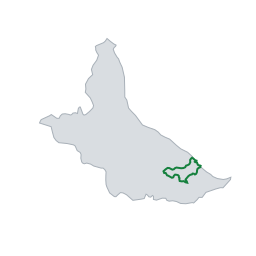 location of Rîşcani within Moldova, rotated 162°
{"feature_id": "MDA-1617", "entity_name": "Rîşcani", "entity_type": "District", "adm_level": 1, "iso_a3": "MDA", "parent_name": "Moldova", "parent_adm1": "", "projection": "equal_earth", "projection_center": [27.482, 47.936], "detail": "fine", "context": "in_parent", "style": "outline", "palette": "green", "viewbox_px": 256, "rotation_deg": 162, "n_neighbors": 0, "source": "natural_earth", "source_scale": "10m", "svg_char_len": 2745}
<svg xmlns="http://www.w3.org/2000/svg" viewBox="0 0 256 256"><g transform="rotate(162 128 128)"><path d="M45.4,49.4L46.5,47.3L56.1,41.8L58.6,42.7L63.6,42.9L73.8,42.7L78.9,39.1L82.0,40.1L84.5,38.4L88.7,36.4L89.3,36.8L89.9,37.2L96.4,38.1L101.3,40.0L104.6,43.1L108.0,45.0L111.5,45.7L113.4,47.2L113.8,49.5L117.1,50.7L123.2,50.6L125.9,52.2L124.9,55.2L125.6,56.3L127.7,55.2L129.4,56.1L130.3,58.4L131.3,59.5L134.4,55.9L137.7,56.3L145.7,57.7L150.1,65.1L152.8,67.8L155.1,68.9L158.1,67.7L160.7,66.4L162.2,67.0L165.5,71.9L166.3,78.4L166.3,81.0L165.2,85.4L163.6,90.0L162.4,93.1L162.9,95.5L164.1,97.6L166.0,98.2L172.3,102.4L174.7,105.2L178.1,107.4L180.7,107.5L182.0,108.7L182.5,110.1L182.2,113.8L180.8,117.3L181.0,119.5L183.3,122.2L183.6,125.3L183.8,127.2L185.0,128.8L190.8,132.1L198.3,135.4L200.2,138.2L201.4,141.8L201.1,147.8L200.7,153.0L210.6,160.1L209.5,161.4L208.0,162.8L198.7,163.9L196.8,164.5L192.7,159.2L190.5,158.5L188.6,160.5L186.2,161.6L183.4,161.0L180.4,159.4L178.8,158.2L177.6,158.1L175.7,159.2L173.2,158.7L171.6,157.4L169.2,161.9L167.8,162.9L166.9,162.7L166.6,155.1L165.9,153.9L164.0,153.8L159.5,155.6L155.2,157.9L153.8,160.0L154.0,163.8L154.6,168.3L157.6,175.1L156.0,178.1L154.9,182.8L150.3,187.2L145.1,189.7L144.7,195.0L141.8,198.5L136.8,202.1L133.5,206.4L134.3,209.3L134.6,212.1L134.0,214.0L133.9,215.5L132.6,216.1L124.9,216.7L122.8,217.6L120.3,219.6L117.9,215.7L115.5,212.3L113.7,210.5L114.5,209.6L116.4,208.7L117.7,207.5L117.6,203.5L116.5,198.8L115.6,196.6L115.5,193.1L114.8,187.6L115.7,177.4L119.5,164.7L121.5,158.4L120.5,154.9L121.3,146.8L119.6,142.8L117.0,137.6L113.3,126.4L108.7,122.4L103.0,118.1L100.6,114.9L99.0,111.3L95.6,107.8L91.8,104.5L87.2,96.4L84.8,92.7L84.1,91.7L78.8,86.5L76.1,81.8L74.7,77.9L73.9,74.4L70.2,67.3L66.9,62.0L63.7,58.3L62.3,55.6L58.6,52.3L53.3,49.6L49.9,49.1L45.4,49.4Z" fill="#d9dde1" stroke="#a8b0b8" stroke-width="1"/><path d="M76.5,79.8L76.5,79.7L76.3,79.5L75.4,79.0L75.3,78.7L75.0,78.2L74.5,77.3L73.9,76.4L73.3,76.0L74.9,75.2L74.6,74.7L74.1,74.5L73.5,74.3L73.0,74.0L73.0,73.6L73.0,71.8L73.0,71.5L72.2,70.6L71.1,70.1L70.6,69.6L71.4,68.6L71.4,68.4L71.8,68.3L73.1,68.2L74.4,67.8L75.4,66.4L76.1,64.7L77.3,63.4L78.7,63.1L79.5,64.2L80.7,64.7L81.5,64.1L82.5,64.2L83.5,64.2L85.4,63.6L89.1,61.3L89.1,60.7L88.6,59.1L88.6,57.7L90.1,58.6L91.3,60.2L93.3,60.6L95.2,61.6L95.0,63.7L94.6,64.1L94.5,64.6L94.8,65.2L94.8,65.8L94.6,66.2L94.5,66.7L95.0,67.7L95.9,68.3L97.6,69.1L99.1,68.4L100.2,67.1L101.6,67.1L104.6,70.3L105.5,70.9L105.7,72.0L106.1,73.7L107.5,74.0L107.6,75.9L105.2,77.0L102.7,77.8L101.2,77.2L98.7,74.7L97.1,74.6L95.7,75.3L94.1,75.4L89.9,73.3L87.7,72.8L85.7,73.0L84.4,74.3L82.8,74.2L80.9,74.6L79.3,76.2L79.1,77.4L78.7,78.5L77.9,79.1L77.1,79.6L76.5,79.8Z" fill="none" stroke="#15803d" stroke-width="2"/></g></svg>